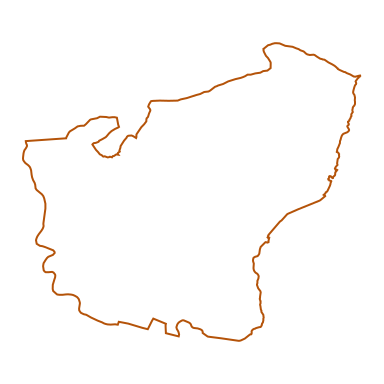 Haghig, Covasna, Romania (Equal Earth projection)
{"feature_id": "2599482B24219232325482", "entity_name": "Haghig", "entity_type": "district", "adm_level": 2, "iso_a3": "ROU", "parent_name": "Romania", "parent_adm1": "Covasna", "projection": "equal_earth", "projection_center": [25.634, 45.863], "detail": "fine", "context": "isolated", "style": "outline", "palette": "amber", "viewbox_px": 384, "rotation_deg": 0, "n_neighbors": 0, "source": "geoboundaries", "source_scale": "gbopen_adm2", "svg_char_len": 5911}
<svg xmlns="http://www.w3.org/2000/svg" viewBox="0 0 384 384"><path d="M361.0,75.5L359.5,75.6L355.3,76.7L353.7,76.5L350.3,74.5L346.5,73.0L345.4,72.2L343.9,71.9L339.7,70.0L337.9,69.0L337.8,68.6L337.6,68.6L336.5,67.4L334.6,65.8L332.1,64.3L328.4,62.4L324.8,59.9L324.1,59.6L322.8,59.5L322.0,59.1L320.2,58.7L317.0,56.7L314.6,55.0L313.5,54.7L309.8,55.0L307.3,54.4L306.0,53.6L304.0,51.7L303.3,51.3L300.4,50.3L298.6,49.1L296.4,48.4L292.6,46.8L285.2,45.8L279.6,43.4L276.6,43.2L274.8,43.2L272.3,43.8L270.2,44.7L268.1,45.2L263.4,49.0L263.6,49.4L263.5,50.4L263.9,51.8L265.1,54.2L266.0,55.9L268.0,58.0L270.4,61.9L270.7,62.8L270.6,68.1L267.4,70.6L263.2,71.1L260.3,72.7L255.3,73.4L250.6,74.7L247.5,74.7L245.1,76.2L243.0,77.1L240.7,77.9L235.5,79.1L228.2,81.4L223.1,84.0L218.1,85.5L217.0,86.1L215.0,86.8L210.1,90.6L208.5,91.5L204.2,92.0L200.2,94.0L196.4,95.0L186.7,98.1L180.7,99.4L177.7,100.6L168.7,100.8L159.9,100.6L153.0,100.9L151.3,101.1L150.9,101.3L149.0,104.4L148.2,106.7L150.1,109.3L150.3,110.1L150.3,110.7L149.1,113.3L148.0,116.9L146.6,118.4L146.4,119.5L146.3,121.4L144.1,124.3L141.3,127.2L136.6,134.2L136.4,134.8L136.4,137.1L136.1,138.0L133.2,136.2L131.6,135.5L128.7,135.7L128.0,135.9L127.0,136.7L126.5,137.8L124.1,140.6L120.6,146.1L120.4,147.7L119.4,150.6L119.4,151.0L119.7,151.3L119.8,151.6L118.3,152.6L118.0,152.9L117.8,153.4L117.8,154.0L118.3,154.7L116.3,154.4L113.9,156.0L112.7,156.2L112.0,157.3L109.9,156.7L109.2,157.1L107.7,157.4L104.7,156.3L103.6,156.6L103.1,156.5L101.7,155.2L99.8,154.3L98.1,152.1L96.0,149.9L92.4,144.5L92.8,143.9L93.9,143.1L95.7,142.9L97.8,142.1L98.5,141.8L98.9,141.3L99.1,140.8L102.4,139.1L105.7,137.2L106.7,136.2L109.1,133.3L111.5,131.1L115.1,128.9L118.2,127.5L119.0,126.9L118.2,124.7L116.9,117.7L114.7,117.2L112.3,117.2L109.0,117.6L106.2,117.0L100.0,116.7L97.1,118.2L90.9,119.4L90.0,119.9L86.0,124.1L84.1,125.7L80.7,125.8L77.6,126.4L74.8,128.4L70.0,131.3L68.9,132.5L66.1,137.9L66.1,138.3L25.8,141.1L25.9,142.3L26.3,143.7L26.8,144.7L27.0,145.5L26.9,146.4L25.8,148.4L24.4,150.3L23.8,152.2L23.5,153.6L23.1,157.0L23.0,158.5L23.2,160.0L23.9,161.2L25.3,163.0L28.3,165.3L29.7,166.8L30.4,168.2L31.1,170.3L31.6,174.6L32.1,177.3L33.1,180.1L34.6,182.8L35.2,184.7L35.6,188.4L36.7,190.0L41.9,194.3L43.3,196.1L44.2,198.4L45.4,203.7L45.4,208.6L43.4,223.3L43.4,224.4L43.6,226.0L43.3,227.2L42.7,228.7L41.3,230.9L38.7,234.3L37.3,236.5L36.5,238.4L36.0,240.2L36.7,243.8L39.9,245.8L42.5,246.2L44.9,247.0L53.2,250.3L54.5,251.8L54.7,252.9L52.9,254.9L48.3,256.8L47.0,258.0L45.7,259.8L43.6,263.2L43.3,264.8L43.1,266.2L43.7,270.3L44.6,271.5L45.7,272.2L48.5,272.2L52.1,271.9L53.5,272.5L55.1,274.5L55.3,275.7L55.1,277.4L54.4,279.4L52.8,284.8L52.7,289.0L53.2,291.0L56.3,293.8L57.2,294.5L59.4,294.8L62.5,294.8L66.1,294.4L68.1,294.3L71.3,294.6L73.1,295.0L74.7,295.7L77.0,297.0L78.0,298.1L78.8,299.2L79.8,302.4L79.9,303.5L79.1,308.5L79.2,310.3L79.9,311.5L80.9,312.8L83.7,314.2L86.3,314.8L91.0,317.5L97.6,320.6L102.2,322.4L103.8,323.3L105.4,323.9L107.5,324.4L110.7,324.6L115.1,324.3L117.8,324.7L118.8,321.8L128.2,323.6L142.2,327.8L147.8,329.2L151.9,321.0L153.3,318.6L165.9,323.8L165.6,325.2L165.6,326.7L165.9,333.2L178.7,336.4L179.1,334.5L178.7,332.8L178.3,331.5L176.8,328.9L176.4,327.2L177.3,324.4L178.6,322.6L180.5,321.3L182.4,320.3L183.6,320.3L188.8,322.5L189.9,323.2L190.7,324.1L191.7,326.6L192.7,327.5L194.0,328.0L197.6,328.4L200.1,329.2L201.5,329.9L202.3,330.7L202.7,332.0L202.7,333.0L207.6,336.5L208.5,336.7L221.2,338.3L238.5,340.8L239.3,340.8L240.7,340.5L244.8,338.6L249.7,334.7L250.4,334.3L251.2,334.3L251.4,334.1L251.7,333.1L251.6,331.3L251.9,330.6L252.8,329.6L254.0,328.9L255.2,328.6L256.0,328.1L259.1,327.2L260.6,327.0L261.7,325.5L261.7,324.9L262.0,324.1L262.0,323.7L262.9,322.4L263.4,320.1L263.3,318.9L263.7,317.4L263.4,316.0L263.4,315.2L263.3,314.8L261.4,311.9L261.4,310.5L260.9,309.6L260.4,305.9L260.2,305.3L260.1,304.4L260.6,303.0L260.4,301.7L260.6,301.2L259.9,299.7L259.8,298.4L260.0,298.1L260.1,296.3L260.7,292.4L260.4,291.2L258.2,288.3L257.0,285.0L257.0,284.3L257.4,283.1L257.4,280.9L258.4,278.5L258.7,276.2L258.4,275.4L257.9,274.5L257.2,273.7L255.6,272.7L254.5,271.4L253.9,270.2L253.6,269.0L253.5,268.0L253.8,263.6L253.1,261.3L253.0,260.1L253.3,258.5L253.6,257.7L255.1,256.8L257.6,256.1L258.8,254.6L259.3,253.6L259.9,249.3L260.7,246.9L265.3,242.3L265.8,242.1L267.3,242.6L268.5,242.2L268.6,241.9L268.4,241.3L269.1,238.2L268.6,238.3L268.4,238.2L268.4,237.9L267.6,237.4L267.9,236.8L268.4,236.5L268.4,236.3L268.1,235.9L268.5,235.4L268.4,235.1L269.0,234.3L279.9,221.6L281.6,220.4L287.2,214.2L288.1,213.7L297.9,209.4L319.4,200.7L320.3,200.2L325.2,196.1L325.1,195.8L323.7,194.9L325.4,193.4L325.7,192.4L327.0,191.6L327.5,190.9L329.9,185.8L330.4,184.3L330.6,183.0L331.3,181.2L331.0,180.9L329.3,180.5L328.9,179.7L328.4,179.6L328.2,179.0L329.1,177.8L329.1,176.5L329.6,176.1L330.7,176.2L330.9,176.4L331.4,177.2L332.3,177.9L332.7,178.1L333.0,178.0L333.1,176.9L334.8,175.5L335.1,174.9L335.3,172.4L336.1,171.5L337.2,170.0L336.9,169.8L336.4,170.4L335.9,170.3L336.1,169.6L335.0,168.9L334.9,168.5L335.8,166.8L337.5,164.9L337.1,163.4L337.7,159.1L338.9,157.6L339.2,156.5L339.0,155.4L339.1,154.1L338.7,153.7L338.6,153.2L337.9,152.4L336.8,152.0L336.8,151.7L337.0,151.3L337.3,149.2L338.5,146.7L339.5,144.1L339.9,143.3L340.0,141.1L340.6,139.7L341.0,138.0L341.7,136.0L342.4,134.8L343.4,133.8L347.4,132.2L348.6,131.1L349.0,130.4L349.1,130.0L348.9,129.2L347.6,127.1L347.3,126.3L347.6,125.7L348.6,124.9L348.8,124.5L348.7,123.7L348.0,122.4L348.0,121.7L349.3,120.7L349.4,119.8L350.5,118.2L350.7,117.2L351.4,116.2L351.5,115.9L351.2,115.1L351.4,114.1L352.8,112.0L352.4,110.8L352.4,109.6L352.7,108.8L352.7,107.9L353.3,106.6L354.3,105.6L355.0,104.0L355.0,101.7L354.8,100.3L355.0,97.5L354.4,94.9L353.4,93.5L353.1,92.2L353.4,90.6L354.2,87.6L354.9,85.6L355.4,84.8L356.0,84.2L356.2,83.4L356.1,82.8L355.6,81.4L355.8,81.0L357.8,78.3L358.5,77.8L358.9,77.1L359.9,76.5L360.1,75.8L361.0,75.5Z" fill="none" stroke="#b45309" stroke-width="2"/></svg>